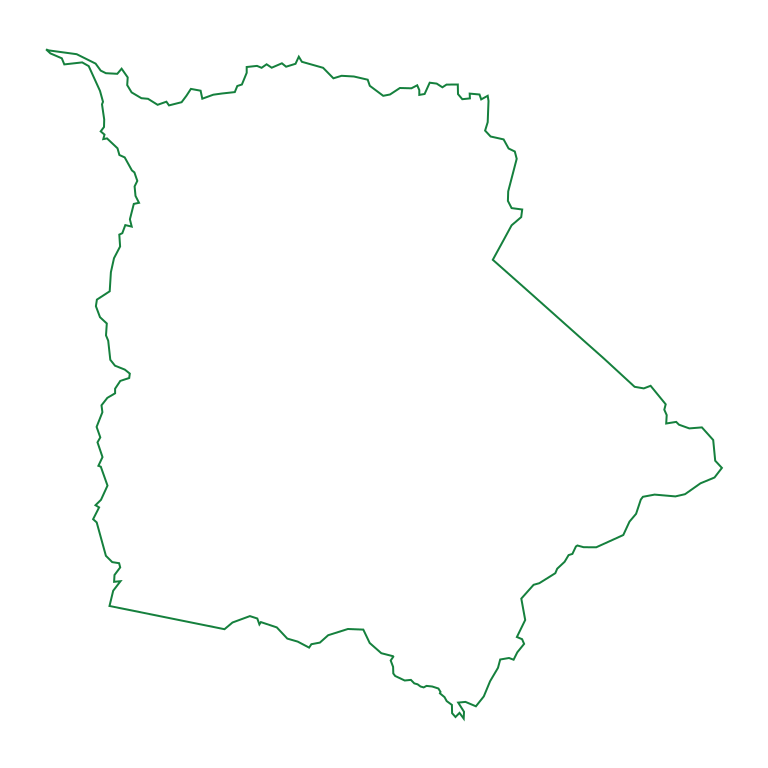 outline of Coamo, Puerto Rico
{"feature_id": "32010507B26629522791293", "entity_name": "Coamo", "entity_type": "district", "adm_level": 2, "iso_a3": "PRI", "parent_name": "Puerto Rico", "parent_adm1": "", "projection": "robinson", "projection_center": [-66.366, 18.096], "detail": "fine", "context": "isolated", "style": "outline", "palette": "green", "viewbox_px": 768, "rotation_deg": 0, "n_neighbors": 0, "source": "geoboundaries", "source_scale": "gbopen_adm2", "svg_char_len": 2995}
<svg xmlns="http://www.w3.org/2000/svg" viewBox="0 0 768 768"><path d="M301.9,61.8L298.8,56.7L295.5,63.8L286.1,66.7L281.9,63.3L271.7,67.7L266.6,64.3L261.6,67.8L257.0,65.9L246.7,67.0L246.7,72.8L241.9,84.5L237.3,86.0L234.8,92.1L222.0,93.5L213.3,94.7L202.3,98.7L200.6,90.7L190.9,88.9L186.4,95.8L181.6,102.2L169.0,105.4L166.4,101.7L157.6,104.8L148.0,98.8L141.4,98.2L131.6,92.4L127.2,85.1L127.7,77.4L121.6,68.7L117.3,73.8L105.9,73.2L100.7,70.6L95.6,63.6L76.7,54.2L48.7,50.4L46.1,49.4L50.4,53.4L61.8,58.3L64.3,64.4L82.2,62.4L88.7,66.1L100.0,90.9L103.0,101.8L102.0,104.3L104.2,119.5L104.0,127.0L100.7,131.4L104.5,134.6L103.3,139.1L107.0,138.4L117.5,148.3L119.4,155.0L124.7,157.4L131.9,170.4L134.4,172.4L137.3,180.9L134.6,186.4L135.5,195.9L139.0,202.8L133.8,203.9L129.9,219.3L131.7,226.6L125.3,225.1L122.3,233.2L119.3,234.6L120.1,246.5L114.0,258.2L110.9,272.2L109.7,291.3L96.9,299.6L95.9,306.2L100.0,317.2L106.8,323.5L106.0,335.4L108.2,340.7L110.3,359.8L115.0,365.7L124.8,369.6L129.8,373.6L129.2,378.0L120.3,380.9L115.1,388.7L115.1,393.3L107.4,397.8L101.5,405.3L102.4,412.2L96.6,426.9L100.3,437.4L97.5,442.3L102.5,457.1L98.4,465.8L100.8,466.7L107.5,485.6L101.0,499.8L95.5,505.2L99.1,507.4L93.1,519.2L96.7,522.4L105.9,555.8L112.2,562.1L119.1,563.2L120.2,567.4L114.5,575.0L114.1,581.8L120.5,581.2L113.2,590.7L109.5,606.0L224.5,629.2L232.5,622.5L249.9,616.1L257.3,618.5L259.4,624.4L260.9,622.1L276.8,627.4L287.3,638.6L297.7,641.6L309.1,647.6L311.4,644.2L319.9,642.6L328.2,635.2L347.9,629.0L363.3,629.6L369.7,643.0L381.3,653.2L393.0,656.2L393.3,656.7L390.7,660.5L393.1,666.9L393.3,673.5L395.2,676.0L404.7,680.5L410.9,679.9L414.3,683.4L417.6,684.3L420.5,686.5L423.7,687.4L426.5,685.9L432.2,686.5L438.4,688.5L440.5,691.9L439.9,693.3L444.5,697.1L446.7,701.1L451.9,704.9L452.1,713.2L455.5,717.0L459.5,712.9L463.7,718.6L464.0,711.8L458.2,702.6L465.5,701.9L475.9,706.3L483.8,696.4L490.1,681.2L498.0,667.8L500.2,659.5L509.0,658.0L513.6,659.7L517.3,652.3L524.1,643.9L522.1,639.2L516.9,637.0L525.2,620.0L521.3,598.6L533.6,584.8L539.3,583.2L555.3,573.2L557.2,568.7L564.6,561.8L568.6,555.1L572.4,553.9L575.9,546.5L577.4,545.5L583.6,547.2L596.2,547.3L623.3,535.0L629.5,521.6L636.1,513.8L640.8,499.6L642.9,496.8L654.6,494.6L675.4,496.4L685.0,494.2L700.5,483.3L714.5,477.5L721.9,467.9L715.2,460.7L713.2,440.0L701.9,427.4L689.3,428.4L679.0,424.7L676.2,421.9L666.2,423.5L666.7,415.1L664.3,409.7L665.7,404.3L650.6,385.8L643.8,388.4L634.6,386.8L604.2,358.8L586.6,343.2L529.5,292.3L492.8,259.8L503.2,240.8L511.6,225.3L521.2,217.1L522.2,209.5L511.6,208.1L507.9,200.9L508.2,191.4L516.7,158.8L514.8,151.5L508.6,148.5L503.6,139.4L490.6,136.5L485.1,130.6L487.7,122.2L488.5,101.0L487.7,95.8L481.2,99.4L479.5,94.5L469.7,93.6L469.9,98.4L462.3,99.2L458.0,94.1L457.8,84.5L446.5,84.6L442.4,87.3L436.7,83.6L429.7,82.7L424.6,94.0L419.3,94.9L419.3,90.1L417.2,85.3L411.4,88.3L399.9,88.0L390.0,94.5L383.2,95.8L369.8,85.8L367.7,79.7L353.9,76.5L341.6,75.8L333.4,78.3L323.1,67.8L301.9,61.8Z" fill="none" stroke="#15803d" stroke-width="2"/></svg>